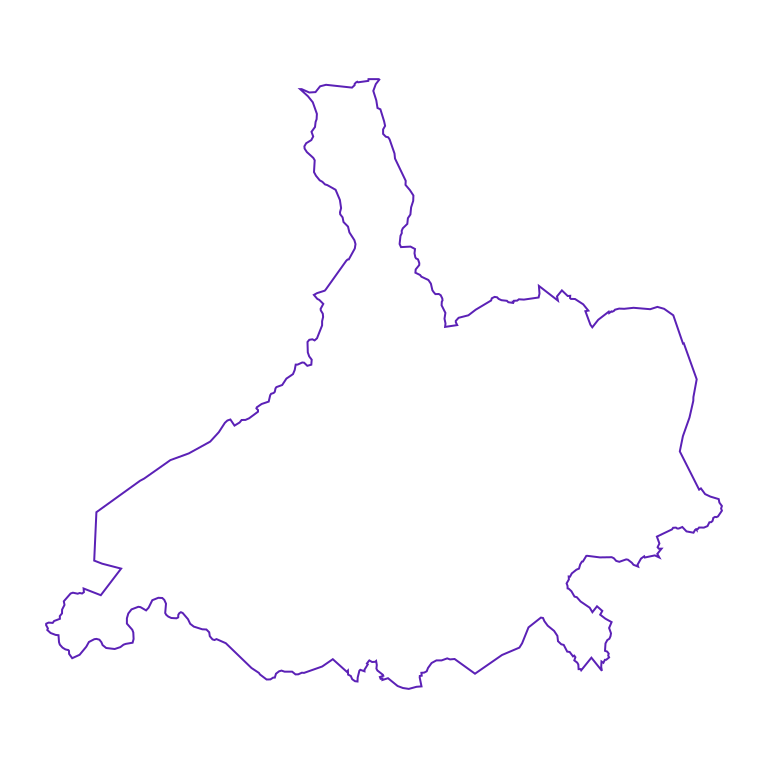 outline of Pantepec, Puebla, Mexico
{"feature_id": "50627088B55522839668174", "entity_name": "Pantepec", "entity_type": "district", "adm_level": 2, "iso_a3": "MEX", "parent_name": "Mexico", "parent_adm1": "Puebla", "projection": "orthographic", "projection_center": [-97.891, 20.58], "detail": "fine", "context": "isolated", "style": "outline", "palette": "violet", "viewbox_px": 768, "rotation_deg": 0, "n_neighbors": 0, "source": "geoboundaries", "source_scale": "gbopen_adm2", "svg_char_len": 6068}
<svg xmlns="http://www.w3.org/2000/svg" viewBox="0 0 768 768"><path d="M72.2,658.2L79.6,654.8L86.3,646.7L88.9,642.0L94.3,639.2L96.5,638.9L99.4,639.7L101.4,642.2L102.6,645.1L106.2,648.0L114.7,649.0L120.4,647.1L123.5,644.7L125.7,643.9L132.6,642.7L133.6,639.0L133.3,632.5L132.3,629.8L126.9,623.6L126.9,618.3L128.3,613.5L131.5,609.4L138.3,606.8L140.4,607.1L146.1,610.4L148.6,607.7L152.3,600.2L158.3,597.8L162.3,598.0L164.3,599.9L166.0,603.7L165.2,613.0L166.2,614.8L168.3,616.6L171.3,618.0L176.5,618.3L178.2,617.4L178.3,614.8L179.3,613.2L180.9,612.2L182.7,613.0L188.0,619.2L190.2,623.8L193.8,626.6L202.3,629.3L206.4,629.5L209.2,632.3L209.8,636.2L212.5,639.4L214.5,640.0L216.5,639.1L225.8,643.2L251.5,668.0L258.9,672.9L260.0,674.5L266.6,679.5L270.4,679.4L273.2,677.6L274.8,677.6L276.0,673.7L279.1,671.3L281.5,670.6L284.7,671.7L292.2,671.7L295.5,674.4L298.3,674.3L301.9,672.7L304.0,672.9L322.2,666.5L332.8,659.2L346.8,671.8L347.9,670.6L348.1,674.6L350.8,676.0L352.2,679.2L355.0,681.2L357.5,681.5L357.7,677.5L359.4,670.7L360.3,669.8L364.5,671.3L364.5,669.7L367.8,664.4L366.9,663.5L369.1,660.6L368.6,660.0L372.1,662.0L375.2,661.8L376.1,661.0L376.8,665.0L376.4,668.6L377.4,670.5L382.9,674.8L383.3,675.8L379.9,677.0L380.6,678.8L382.4,678.5L382.4,680.0L388.0,678.2L397.6,686.0L402.9,688.0L408.8,688.9L416.5,686.8L421.5,686.4L419.7,677.5L419.8,676.0L421.7,675.7L421.4,672.8L424.2,672.6L426.7,671.3L428.0,668.0L431.6,663.0L436.4,660.4L441.6,660.4L447.2,658.4L450.0,659.4L454.6,659.0L475.0,673.7L502.0,655.0L519.4,647.6L522.1,643.3L528.5,627.4L540.9,617.6L543.0,618.0L544.4,621.2L547.7,625.7L554.1,630.9L557.4,635.9L558.0,641.2L561.3,644.3L563.7,644.9L567.2,651.6L569.7,652.0L573.0,656.4L574.2,655.6L575.4,657.2L574.3,660.4L577.2,662.6L578.3,664.5L578.6,669.1L580.6,669.1L581.2,670.3L591.4,657.7L601.9,670.8L601.2,666.9L601.5,661.5L603.4,662.8L604.9,659.8L606.2,659.8L609.1,657.4L608.2,655.5L608.7,653.6L607.2,651.6L605.0,650.8L605.5,643.4L607.3,640.1L609.4,638.7L610.5,636.2L611.0,633.3L609.1,628.0L611.6,622.1L605.4,618.7L600.2,614.7L602.3,610.9L597.0,606.3L592.4,612.2L589.7,607.7L580.6,601.5L576.8,597.2L574.5,596.6L571.4,591.2L568.7,588.7L567.6,588.4L567.5,585.8L566.6,583.4L568.9,579.4L568.7,576.5L570.0,576.7L571.8,573.4L576.4,569.7L579.0,568.6L580.2,564.4L581.9,561.6L582.9,561.5L586.3,555.9L587.2,555.8L599.9,557.4L611.7,557.2L613.8,558.2L616.2,560.9L619.3,561.8L626.2,559.4L627.9,559.7L631.8,562.7L633.5,564.8L638.1,566.6L637.5,564.8L641.0,558.6L644.2,556.3L644.8,557.5L654.8,555.4L659.3,557.5L657.3,553.9L661.5,548.7L658.8,548.7L657.6,547.2L659.4,543.5L656.9,536.6L672.0,529.4L673.1,527.8L675.9,527.6L677.2,528.5L678.8,528.5L682.3,527.0L686.5,531.4L693.5,532.7L695.1,529.9L696.0,529.4L696.6,530.0L696.5,529.1L697.7,529.1L699.1,527.5L703.9,527.6L707.5,526.1L709.4,522.3L711.3,522.1L712.6,520.8L713.3,517.9L715.0,516.9L716.5,517.1L718.0,516.4L721.9,510.7L721.1,508.5L721.9,506.0L719.4,502.6L718.7,499.1L710.4,496.6L705.1,494.1L700.9,488.4L699.1,489.6L679.8,451.4L682.9,436.2L689.5,417.5L693.3,400.8L693.4,397.1L696.7,379.3L683.8,343.3L683.0,343.6L673.3,315.3L664.1,308.8L657.4,306.9L650.2,309.2L633.6,307.8L624.2,308.8L619.1,308.6L615.0,309.7L613.8,311.0L612.0,311.8L611.4,311.4L609.1,313.1L608.7,311.7L598.2,319.8L592.3,327.3L590.4,324.7L585.4,311.2L588.3,310.6L583.2,304.3L575.0,299.0L570.9,298.9L570.0,298.0L570.2,295.8L567.7,296.0L561.9,290.4L557.0,296.4L557.9,300.6L538.9,285.9L539.5,293.7L538.6,297.5L523.9,299.6L518.9,299.3L517.2,300.6L513.9,300.8L513.6,302.0L512.8,301.8L512.9,302.9L508.3,302.2L506.9,300.8L501.5,300.2L498.6,298.9L497.1,297.3L494.6,296.9L491.8,298.3L491.1,300.5L475.7,309.7L468.4,315.3L458.6,317.8L455.8,320.9L455.8,322.2L457.2,325.1L445.1,326.9L445.5,323.5L444.5,318.7L445.4,312.9L441.6,305.3L441.8,301.7L442.5,300.4L442.3,298.5L440.7,295.2L438.8,294.0L435.4,294.1L433.8,292.3L432.4,290.3L430.9,283.7L428.4,280.0L421.4,276.7L420.1,275.0L415.4,272.7L415.7,269.4L419.2,265.1L419.3,263.1L418.0,259.4L416.0,258.4L415.3,257.2L414.5,253.3L415.0,249.0L410.5,246.6L401.0,247.1L399.6,244.0L400.5,235.8L401.8,233.1L401.7,230.8L402.8,228.3L407.3,223.9L407.9,218.2L410.4,214.5L411.1,207.4L413.2,200.9L413.4,195.5L409.9,190.1L405.5,184.9L405.7,180.8L395.0,158.5L394.5,153.5L389.6,139.4L388.2,137.3L385.8,136.7L383.1,133.9L383.1,129.4L385.1,125.9L384.1,121.3L380.4,109.3L377.5,108.0L376.3,100.4L373.3,90.9L375.8,84.1L379.3,79.6L378.7,79.1L368.5,79.1L368.3,80.9L358.1,82.3L357.3,81.7L355.9,82.5L354.6,84.0L354.6,85.2L352.0,87.6L326.0,84.8L320.1,86.3L315.5,92.1L309.3,92.5L301.6,89.1L300.1,89.1L308.0,96.3L312.8,102.3L316.9,113.9L316.6,119.2L315.6,121.9L315.0,127.0L311.5,131.8L313.2,136.5L311.3,140.1L306.2,143.2L304.4,146.3L304.6,148.6L306.9,152.1L313.3,157.9L314.7,160.3L314.0,172.1L316.0,175.8L319.7,180.3L322.4,181.8L325.0,184.4L327.3,185.1L335.6,189.8L339.9,200.0L341.1,208.1L340.0,212.2L340.2,214.3L342.6,217.4L343.5,222.0L348.0,226.6L349.4,232.4L354.4,240.2L355.5,244.1L354.8,248.5L348.8,259.4L347.6,259.5L346.3,260.7L325.7,289.6L324.7,290.7L317.1,293.1L313.9,294.9L317.3,298.9L319.3,299.9L323.3,303.9L320.6,308.9L320.8,310.4L322.8,313.7L323.1,317.0L322.1,321.2L322.1,325.4L317.0,338.3L314.6,340.4L312.4,339.3L309.3,339.8L307.5,342.0L307.8,352.4L309.2,356.4L311.7,359.7L311.3,364.7L307.3,365.8L304.1,362.7L302.2,362.5L297.6,364.6L295.7,364.6L294.7,370.0L293.0,374.1L286.4,378.6L282.2,385.0L276.4,387.1L275.5,388.4L274.8,391.8L273.6,393.0L271.1,393.8L270.2,395.2L268.7,401.6L261.6,404.0L256.8,407.3L256.4,408.4L258.0,410.0L258.0,411.7L249.1,418.3L245.5,419.9L241.6,420.0L239.6,422.5L234.5,425.6L230.4,419.5L227.4,420.5L224.9,422.8L218.8,432.2L210.2,441.6L188.8,453.4L170.4,460.1L144.1,478.6L140.0,480.8L96.4,512.2L94.2,560.6L102.2,563.7L121.1,568.6L100.8,595.2L83.6,588.5L83.9,592.2L82.1,593.5L79.7,593.0L77.7,593.7L72.9,592.7L70.6,593.5L63.8,601.3L64.5,604.9L62.1,609.6L62.0,613.4L59.8,616.1L59.9,618.8L54.1,621.0L52.7,622.9L48.6,622.6L46.2,623.7L46.1,625.1L47.9,628.4L47.3,630.0L50.6,633.0L55.6,634.9L58.5,635.2L59.0,642.1L59.8,644.6L62.5,647.6L65.4,649.4L68.4,650.1L69.0,650.9L69.1,653.9L72.2,658.2Z" fill="none" stroke="#5b21b6" stroke-width="2"/></svg>